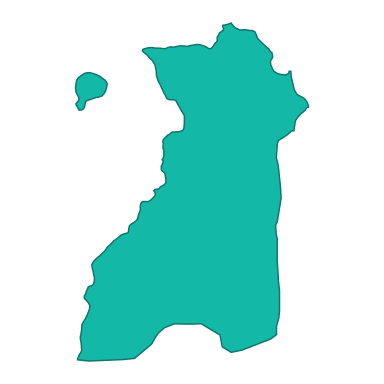 Vermali, Shefa, Vanuatu
{"feature_id": "77236927B83961897513760", "entity_name": "Vermali", "entity_type": "district", "adm_level": 2, "iso_a3": "VUT", "parent_name": "Vanuatu", "parent_adm1": "Shefa", "projection": "robinson", "projection_center": [168.163, -16.618], "detail": "fine", "context": "isolated", "style": "filled", "palette": "teal", "viewbox_px": 384, "rotation_deg": 0, "n_neighbors": 0, "source": "geoboundaries", "source_scale": "gbopen_adm2", "svg_char_len": 4390}
<svg xmlns="http://www.w3.org/2000/svg" viewBox="0 0 384 384"><path d="M294.0,130.7L294.3,127.8L294.8,124.7L295.1,122.3L295.8,120.1L297.8,117.1L299.5,115.4L301.1,113.6L302.8,112.3L305.3,110.0L306.6,107.7L307.7,107.2L308.4,107.2L308.5,106.1L307.8,104.1L307.1,102.2L305.3,99.6L303.6,98.0L301.8,97.0L299.5,95.8L297.0,94.4L295.7,92.2L294.8,90.8L293.9,88.3L293.5,86.7L293.1,84.8L292.0,80.0L291.2,76.9L291.0,73.6L291.0,73.0L290.8,71.2L289.1,71.4L288.7,73.4L286.4,74.6L285.3,74.9L284.5,75.1L282.7,74.6L280.1,74.3L277.0,73.3L274.1,71.5L272.4,68.8L270.8,64.9L270.4,62.0L271.0,59.9L272.0,58.6L272.7,57.1L272.4,54.7L271.9,52.7L270.8,51.9L269.5,50.3L268.6,48.6L267.0,47.7L265.0,45.6L262.5,43.4L260.3,41.2L257.7,38.4L256.1,34.4L255.0,31.9L253.8,31.3L252.6,30.6L250.8,30.5L248.4,30.3L245.7,29.7L242.7,29.8L239.8,30.0L239.6,30.0L237.3,28.8L235.6,28.1L233.2,25.9L231.8,24.0L231.1,23.0L229.8,23.6L228.4,24.1L226.9,24.5L225.1,25.0L222.8,25.3L222.8,26.8L223.6,28.9L223.4,29.4L223.2,30.1L221.4,31.6L221.0,31.9L219.6,32.7L218.6,34.8L217.2,37.2L217.2,40.9L216.9,41.4L216.5,42.0L215.0,43.2L213.6,45.6L211.8,48.1L209.8,48.8L208.2,48.3L207.0,47.4L204.6,46.1L202.3,45.5L201.8,45.3L199.9,44.7L196.4,44.5L193.9,45.0L191.0,45.4L187.3,46.4L185.5,46.2L183.1,45.9L180.7,45.9L177.4,46.3L174.1,47.1L170.7,46.9L168.1,47.4L166.2,48.3L165.3,48.6L162.9,48.6L160.2,48.2L155.5,48.1L153.9,47.9L151.8,47.6L148.6,47.7L144.7,48.7L142.7,49.5L142.5,51.2L143.6,52.2L145.4,53.7L147.5,55.3L149.3,57.7L152.6,60.9L154.0,63.2L154.8,64.4L155.7,68.1L156.3,71.4L156.4,75.2L157.2,78.1L158.3,81.3L159.9,84.1L161.3,87.1L162.8,90.5L164.1,93.4L165.5,95.4L166.6,98.3L168.4,99.4L170.6,99.8L171.2,99.8L173.5,99.7L175.7,100.4L176.8,102.4L178.6,105.7L180.1,108.3L181.7,111.2L183.7,114.4L184.3,115.5L184.4,118.9L184.3,123.7L184.0,127.6L183.1,130.2L180.6,131.3L177.0,131.9L174.7,132.0L174.3,132.0L172.4,132.0L170.8,133.0L169.6,134.4L167.9,134.9L166.3,136.6L164.5,138.3L163.3,139.7L162.8,141.4L163.3,143.9L163.0,145.6L163.1,148.6L163.8,150.6L163.8,152.9L163.8,154.7L163.8,156.9L162.9,158.7L162.2,159.6L163.2,161.4L162.6,163.7L161.3,166.2L161.3,169.2L161.6,170.4L163.3,171.8L163.5,172.0L164.8,173.2L165.3,175.7L166.0,179.7L165.8,182.8L164.4,184.7L161.7,186.1L160.3,187.0L159.0,188.8L158.8,188.9L156.7,189.2L155.0,189.4L153.7,190.7L154.8,191.9L155.3,193.7L155.0,195.9L153.7,197.1L152.5,198.4L150.4,200.4L148.4,201.6L147.2,201.6L146.3,201.6L144.3,201.5L142.4,201.6L140.9,203.4L140.6,204.7L140.2,206.3L140.4,207.5L140.3,209.9L139.4,212.5L138.4,215.3L137.4,219.3L136.4,220.3L135.8,221.0L133.8,222.6L132.9,223.1L131.7,223.7L129.5,225.6L128.8,228.5L128.6,230.8L128.0,232.9L126.4,233.2L123.8,234.0L121.3,234.9L118.5,237.3L116.5,239.1L114.6,240.2L113.9,240.6L112.1,242.8L109.7,245.1L109.2,245.5L107.3,247.2L105.0,250.7L101.9,253.8L100.0,255.5L98.4,256.8L95.9,259.1L93.7,261.3L91.8,264.7L92.3,268.5L93.0,270.6L93.6,273.7L94.5,278.2L94.5,278.4L94.2,281.9L93.1,284.6L91.5,285.9L90.1,286.1L88.4,286.8L87.7,288.3L86.4,291.0L85.8,293.6L84.5,295.5L84.2,297.9L84.9,299.0L86.6,300.6L88.6,303.1L90.0,306.1L89.6,308.5L88.7,311.3L87.3,314.7L85.4,318.8L83.5,321.7L82.0,324.6L81.7,327.3L81.7,329.4L81.3,331.8L80.9,334.3L80.8,335.4L80.4,336.0L80.4,337.1L80.3,338.7L80.7,340.6L81.1,342.3L81.3,344.8L81.5,347.9L81.7,350.1L81.3,351.5L80.4,353.0L79.1,355.0L77.9,358.2L77.6,359.8L88.9,361.0L108.3,360.2L123.7,359.5L134.6,358.4L151.6,344.0L154.9,338.2L158.2,333.2L164.5,327.7L174.3,323.8L189.1,324.1L201.3,323.8L220.0,335.0L222.3,346.9L231.2,352.3L242.0,350.1L270.9,338.9L276.5,334.6L276.5,326.3L278.8,318.0L279.5,311.5L279.5,294.1L279.5,290.5L278.5,281.9L277.2,259.9L277.2,249.4L277.2,243.9L277.2,238.5L276.2,234.6L275.6,225.2L277.2,221.9L279.2,210.0L281.1,198.1L280.5,187.3L278.2,165.2L276.3,157.6L277.3,144.2L278.3,140.6L286.9,135.1L291.5,131.1L294.0,130.7ZM88.3,72.7L87.4,72.8L85.3,73.1L83.9,73.8L81.5,75.4L78.5,77.6L76.7,80.2L76.1,83.0L75.9,85.7L75.5,87.1L75.7,89.6L76.0,92.0L77.2,94.3L77.4,94.8L77.9,95.9L78.5,97.0L78.9,98.6L78.6,100.6L77.5,102.0L76.0,103.5L76.1,104.9L76.9,106.1L77.9,107.8L79.1,110.2L80.3,110.1L81.7,109.9L83.0,109.3L83.8,108.3L84.4,107.2L84.9,105.2L85.1,103.5L85.6,101.9L85.8,101.5L86.2,100.9L87.4,100.5L89.2,99.9L90.8,99.3L93.3,98.4L95.7,97.6L98.8,97.0L102.1,95.9L104.3,93.3L105.6,90.8L106.2,88.5L106.9,86.1L107.2,83.9L106.4,81.9L105.2,80.3L102.5,78.4L99.8,76.3L96.8,74.9L93.2,73.5L89.8,72.7L88.3,72.7Z" fill="#14b8a6" stroke="#0f766e" stroke-width="1.5"/></svg>